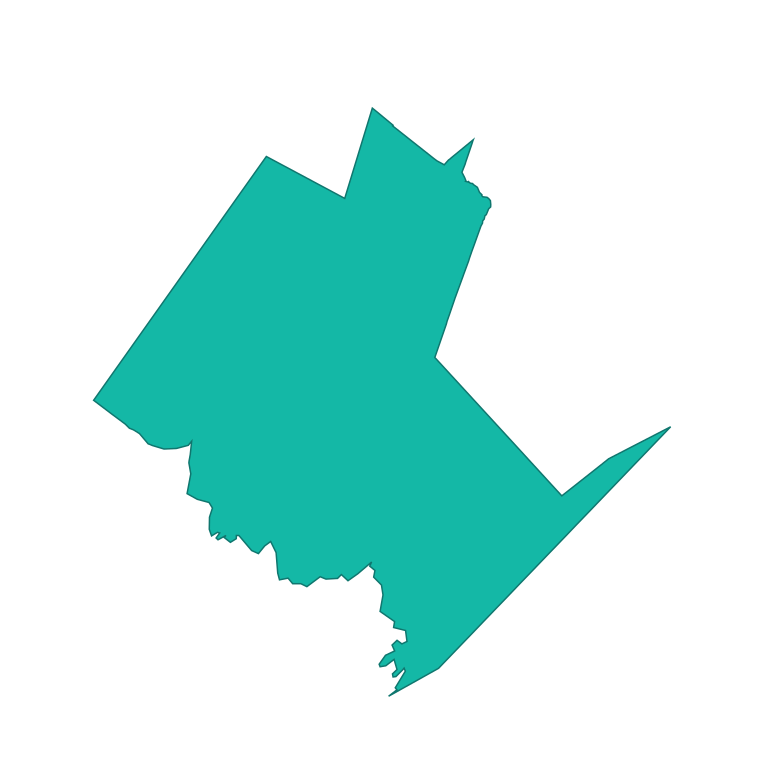 outline of Santa Cruz Tacache de Mina, Oaxaca, Mexico, rotated 228°
{"feature_id": "50627088B6495854920527", "entity_name": "Santa Cruz Tacache de Mina", "entity_type": "district", "adm_level": 2, "iso_a3": "MEX", "parent_name": "Mexico", "parent_adm1": "Oaxaca", "projection": "natural_earth1", "projection_center": [-98.17, 17.817], "detail": "fine", "context": "isolated", "style": "filled", "palette": "teal", "viewbox_px": 768, "rotation_deg": 228, "n_neighbors": 0, "source": "geoboundaries", "source_scale": "gbopen_adm2", "svg_char_len": 2151}
<svg xmlns="http://www.w3.org/2000/svg" viewBox="0 0 768 768"><g transform="rotate(228 384 384)"><path d="M136.2,234.3L136.7,241.0L139.5,280.1L140.7,296.5L142.2,317.2L143.4,334.3L144.7,351.4L146.0,369.9L147.5,390.2L148.4,403.2L149.5,418.4L150.6,432.6L151.6,447.1L155.1,495.1L160.4,568.4L178.1,501.0L178.7,490.7L181.9,441.3L189.3,441.2L249.3,440.7L369.7,439.5L386.8,470.4L388.4,472.8L392.0,479.4L399.3,492.5L400.5,494.6L401.0,495.6L411.6,515.6L411.8,515.9L418.8,529.2L420.2,531.5L423.9,538.2L426.5,543.1L436.5,561.7L437.6,564.8L439.2,566.5L439.5,568.8L441.5,571.6L441.4,573.3L444.2,579.1L444.2,581.7L445.9,583.4L447.9,584.9L449.1,585.8L451.8,585.9L453.8,585.5L457.0,582.7L458.7,582.7L459.1,583.4L462.5,583.2L467.7,585.0L472.4,583.9L473.7,584.0L475.4,582.5L477.8,582.2L477.6,581.8L480.1,580.2L480.3,580.9L483.6,582.1L489.2,583.6L493.0,591.2L493.7,592.4L494.0,592.8L502.9,608.7L503.4,609.6L504.5,611.5L505.2,612.6L505.8,613.8L507.1,585.2L507.1,583.2L507.3,581.9L506.6,575.4L507.3,575.2L507.9,575.0L514.3,572.7L517.8,572.0L570.1,563.1L570.2,563.9L594.0,560.4L596.8,559.9L548.2,479.0L631.8,448.8L616.8,382.0L566.2,157.3L543.2,161.7L527.3,164.9L521.5,165.2L517.7,167.1L510.8,169.1L497.3,168.7L495.9,169.5L493.3,170.7L482.9,177.0L475.0,186.6L469.4,197.5L470.2,202.8L461.2,192.8L457.1,187.5L455.9,186.2L446.5,180.3L434.3,164.3L423.2,168.1L413.0,174.7L406.6,173.5L401.8,165.2L392.9,156.9L386.5,154.2L385.2,161.0L383.2,162.2L381.9,156.2L379.3,156.4L377.2,165.2L376.9,162.5L369.1,163.9L367.9,170.7L370.2,172.9L368.5,174.8L348.8,174.2L342.0,177.2L343.5,187.0L342.8,194.4L330.9,191.0L314.6,178.5L308.4,175.3L303.9,182.8L296.7,182.5L291.2,188.6L285.0,191.1L283.5,207.6L277.9,210.3L270.6,219.4L270.9,224.8L261.9,225.6L260.5,237.6L260.0,255.7L258.2,251.5L251.5,252.5L247.4,247.1L236.3,247.6L227.9,242.1L217.6,228.9L200.4,232.9L196.6,228.2L186.4,235.1L177.3,228.8L178.9,223.4L184.8,222.2L184.6,215.3L178.5,213.3L181.4,203.6L179.0,192.9L176.5,191.9L173.4,196.8L172.6,207.2L163.1,202.6L162.9,196.3L160.2,194.7L158.6,197.1L159.1,206.8L159.4,208.8L156.3,207.7L150.7,189.1L148.1,189.0L148.9,178.5L136.2,234.3Z" fill="#14b8a6" stroke="#0f766e" stroke-width="1.5"/></g></svg>